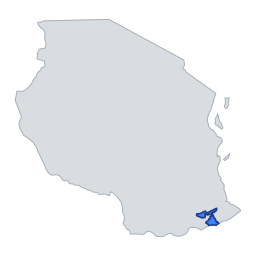 Masasi, Mtwara, United Republic of Tanzania shown in context
{"feature_id": "72390352B56058142056871", "entity_name": "Masasi", "entity_type": "district", "adm_level": 2, "iso_a3": "TZA", "parent_name": "United Republic of Tanzania", "parent_adm1": "Mtwara", "projection": "orthographic", "projection_center": [38.96, -10.762], "detail": "fine", "context": "in_parent", "style": "filled", "palette": "blue", "viewbox_px": 256, "rotation_deg": 0, "n_neighbors": 0, "source": "geoboundaries", "source_scale": "gbopen_adm2", "svg_char_len": 7579}
<svg xmlns="http://www.w3.org/2000/svg" viewBox="0 0 256 256"><path d="M89.0,190.4L85.7,188.8L82.7,187.8L80.3,186.6L79.2,185.5L76.9,185.1L74.9,185.0L73.1,184.0L69.3,183.6L68.9,183.0L68.8,181.4L68.1,181.0L66.8,180.6L65.3,180.7L64.4,180.9L63.9,180.8L62.7,179.9L61.5,178.8L61.0,176.9L59.3,175.7L57.3,174.8L51.8,175.1L51.0,174.8L49.6,173.9L48.1,172.3L46.8,170.6L45.7,168.2L44.5,164.9L38.0,151.9L37.3,149.5L36.0,146.8L33.9,143.4L31.7,141.0L28.8,138.8L25.5,136.6L23.7,135.2L20.2,129.1L19.4,126.2L18.9,123.3L19.1,122.0L21.1,118.1L21.3,117.0L21.0,115.6L19.9,112.5L18.6,108.9L15.8,102.2L15.4,100.5L15.4,99.2L16.9,92.3L16.8,91.3L23.2,91.2L27.7,88.1L31.7,83.5L32.5,81.6L34.1,78.6L35.7,77.2L36.3,76.1L37.2,73.2L39.3,71.2L41.3,69.7L40.9,68.6L41.2,68.2L42.3,67.4L44.5,66.7L44.9,65.2L44.9,63.5L44.5,62.5L44.6,61.4L44.3,60.8L42.8,60.7L40.7,59.9L38.9,59.6L37.7,59.2L37.2,58.8L37.0,57.8L38.0,55.1L37.0,54.1L39.2,49.7L39.6,49.1L40.4,49.0L41.7,48.5L42.8,48.3L43.8,48.4L44.5,48.2L45.1,47.7L45.7,46.2L46.1,43.8L45.8,41.8L44.9,40.3L44.6,37.9L45.1,34.7L44.7,32.1L43.7,30.0L42.7,28.8L41.1,28.3L38.6,25.1L37.8,23.6L37.9,22.6L38.8,22.2L40.4,22.3L41.9,21.9L43.3,21.0L44.6,20.7L45.4,20.8L108.9,19.4L183.6,59.9L183.9,60.4L184.5,63.9L184.4,65.2L183.3,67.2L182.9,68.3L182.9,69.0L183.2,69.3L184.2,69.4L185.0,69.9L185.3,70.3L186.0,71.8L186.8,72.6L215.1,92.9L215.8,93.2L215.4,94.9L213.8,99.1L213.7,100.8L213.1,102.8L212.5,104.2L210.8,110.0L209.5,112.2L207.6,117.3L207.3,121.2L208.3,124.0L208.7,126.5L210.9,129.1L212.6,130.0L213.8,131.1L215.9,133.7L217.1,136.4L220.8,137.7L222.3,140.6L221.8,142.7L220.0,144.4L218.4,147.1L217.1,150.7L217.1,156.2L218.0,155.4L219.9,156.7L220.2,160.8L218.1,165.5L217.5,167.7L217.4,169.6L218.9,175.2L221.1,178.1L220.9,179.0L220.4,179.8L224.2,184.9L223.9,189.3L225.3,192.8L225.9,195.7L226.8,198.0L227.0,199.6L225.8,201.4L228.6,201.8L230.3,203.3L231.0,204.6L233.0,204.6L234.1,205.5L235.7,206.3L239.1,208.6L240.1,209.8L240.6,210.9L231.1,218.1L227.6,220.0L225.2,220.9L222.6,221.3L220.1,222.5L217.7,224.3L214.7,225.2L211.0,225.2L207.1,226.4L201.1,230.2L197.5,228.1L194.8,227.5L191.6,227.5L189.6,227.8L188.9,228.3L188.3,229.5L187.8,231.6L185.8,233.7L182.1,235.6L178.7,236.3L175.6,235.9L173.5,235.1L172.4,234.0L170.8,233.5L168.7,233.6L166.7,234.4L164.8,235.9L161.7,236.6L157.4,236.4L155.1,235.7L154.8,234.4L152.9,233.0L149.5,231.3L147.0,231.3L145.4,233.0L143.9,234.0L142.6,234.4L141.4,234.5L139.7,234.1L135.0,234.0L130.5,234.1L130.0,231.7L129.1,230.3L128.3,229.5L126.7,229.3L126.3,228.7L125.8,227.2L125.0,226.0L124.0,225.0L123.3,224.0L123.1,223.1L123.3,222.2L124.2,219.8L124.4,218.1L124.3,216.4L123.8,214.7L122.7,212.7L122.8,212.1L122.4,210.7L122.4,209.7L122.6,208.5L122.3,206.9L121.4,203.5L121.4,202.6L120.4,201.0L117.4,197.1L117.2,196.6L112.5,192.7L110.6,191.9L110.0,192.6L109.7,193.3L109.9,194.6L109.8,195.2L109.6,195.5L108.5,195.5L107.8,195.3L106.1,194.3L104.7,194.0L101.3,194.3L100.1,194.6L99.1,194.3L97.3,192.6L95.2,192.2L93.3,192.2L90.1,190.2L89.0,190.4ZM221.3,123.4L222.9,127.7L222.7,128.5L221.6,129.0L221.0,129.0L220.3,128.3L219.9,126.9L219.0,127.2L217.6,125.5L216.2,125.4L215.0,123.3L215.5,121.5L215.2,118.4L216.7,116.8L217.5,114.1L218.5,116.0L218.7,118.8L220.1,122.1L221.3,123.4ZM228.9,97.6L229.0,98.6L228.7,99.6L228.7,102.6L228.6,104.7L227.4,107.5L226.5,108.5L225.7,108.2L225.0,107.7L224.4,107.0L225.5,101.8L225.0,98.0L227.2,98.4L228.9,97.6ZM225.6,160.1L224.6,160.4L224.1,160.1L223.5,159.2L224.6,158.5L225.8,157.1L228.4,155.1L229.6,153.4L229.4,155.0L227.9,158.5L226.7,158.8L225.6,160.1Z" fill="#d9dde1" stroke="#a8b0b8" stroke-width="1"/><path d="M218.8,223.3L218.5,223.0L218.3,222.8L218.2,222.6L217.9,222.2L217.7,222.2L217.6,221.9L217.4,221.9L217.2,221.9L217.1,222.1L216.7,222.1L216.7,221.9L216.8,221.7L216.7,221.5L216.4,221.6L216.3,221.2L216.2,221.1L215.8,220.7L215.7,220.6L215.7,220.4L215.7,220.0L215.6,219.7L215.5,219.3L215.3,219.0L215.2,218.7L214.9,218.5L214.7,218.5L214.6,218.4L214.4,217.9L214.2,217.9L214.0,217.7L213.7,217.5L213.7,217.3L213.8,217.2L214.2,216.7L214.3,216.7L213.9,216.6L213.7,216.4L213.5,216.1L213.3,215.6L213.1,215.9L212.8,215.8L212.6,215.9L212.1,215.8L211.9,215.9L211.6,215.8L211.4,215.8L211.4,216.0L211.3,216.3L211.1,216.6L210.3,216.6L210.4,216.9L210.3,217.2L210.2,217.2L210.3,217.4L210.4,217.5L210.5,217.6L210.5,217.8L210.3,217.9L210.3,218.0L210.2,218.1L210.0,218.3L209.8,218.6L209.7,218.7L209.6,218.9L209.3,218.8L209.0,218.9L208.9,218.9L208.9,219.0L208.8,219.3L208.8,219.5L208.7,219.7L208.6,219.9L208.6,220.0L208.4,220.1L208.2,220.4L208.2,220.5L207.9,220.8L207.7,220.9L207.6,221.0L207.4,221.0L207.1,221.2L206.6,221.6L206.3,221.8L206.2,221.8L206.1,222.0L205.9,222.6L205.9,223.0L206.1,223.0L206.2,222.9L206.3,223.0L206.5,223.3L206.9,223.5L207.0,223.6L207.1,223.8L207.3,223.8L207.4,224.0L207.6,224.2L207.9,224.1L208.1,224.2L208.2,224.3L208.2,224.5L208.3,224.5L208.5,224.8L208.6,225.0L208.8,225.2L208.8,225.3L209.1,225.2L209.4,225.2L209.8,225.1L210.2,225.2L210.5,225.3L211.2,225.2L211.4,225.2L211.6,225.2L211.9,225.1L212.3,225.1L212.7,225.0L213.1,225.0L213.5,224.9L213.7,224.7L213.9,224.7L214.2,224.8L214.6,224.9L214.8,225.0L215.7,225.3L215.9,225.4L216.1,225.3L216.7,225.0L217.0,224.8L217.6,224.3L217.7,224.2L217.9,223.9L218.0,223.8L218.2,223.6L218.8,223.3ZM214.3,209.2L214.3,209.3L214.4,209.5L214.2,209.5L213.9,209.5L213.7,209.6L213.5,209.9L213.4,209.9L213.3,210.0L213.3,209.9L213.2,209.9L213.1,210.0L212.9,210.1L212.5,210.4L212.4,210.4L212.4,210.5L212.2,210.6L211.9,210.6L211.7,210.7L211.4,210.8L211.2,210.8L210.9,210.8L210.8,211.0L210.7,211.1L210.4,211.2L210.3,211.3L210.1,211.5L209.8,211.5L209.7,211.6L209.4,211.6L209.1,211.8L209.0,212.1L208.9,212.1L208.8,212.3L208.7,212.5L208.6,212.4L208.2,212.5L207.8,212.6L207.7,212.6L207.4,212.5L207.2,212.5L206.9,212.5L206.6,212.5L206.4,212.5L206.3,212.3L206.3,212.2L206.2,212.1L206.0,211.9L205.9,211.9L205.7,211.6L205.7,211.4L205.5,211.2L205.3,211.1L205.2,211.1L205.0,211.6L204.9,211.6L204.6,211.6L203.6,211.6L203.1,212.1L202.9,212.2L202.8,212.3L202.4,212.5L202.2,212.6L201.6,212.8L201.1,213.1L200.5,213.3L199.7,213.7L198.4,213.7L198.1,213.7L197.7,213.7L197.1,213.7L196.9,213.7L196.8,213.8L196.7,214.1L196.8,214.6L196.7,215.0L196.5,215.3L196.7,215.5L196.8,215.7L197.0,215.8L197.4,216.1L197.5,216.1L197.9,216.1L198.0,216.2L198.5,216.4L199.1,216.7L199.2,216.8L199.4,216.8L199.6,216.8L200.2,217.2L200.6,217.3L200.8,217.3L201.0,217.4L201.1,217.5L201.3,217.6L201.6,217.8L201.9,217.8L202.1,217.7L202.1,217.8L202.4,217.7L202.6,217.8L202.8,217.7L203.0,217.7L203.3,217.7L203.9,217.7L204.0,217.6L204.3,217.6L204.8,217.6L204.8,217.3L204.9,216.9L205.3,216.6L205.2,216.2L205.1,215.8L205.0,215.5L205.0,215.1L205.0,214.8L205.4,214.8L205.5,214.8L205.8,214.8L205.9,214.7L205.8,214.3L205.6,214.1L206.6,214.3L206.8,214.5L207.3,214.9L207.9,215.0L208.0,214.8L207.8,214.2L208.2,214.2L208.3,214.2L208.7,214.1L208.8,214.2L209.0,214.4L209.3,214.5L209.7,214.5L210.0,214.6L210.5,214.4L210.7,214.6L210.8,214.7L211.7,214.7L211.8,214.7L212.1,214.6L212.4,214.5L212.8,214.5L212.6,214.4L212.6,214.1L212.4,214.0L212.3,213.8L212.2,213.7L212.0,213.4L211.9,213.3L211.9,213.1L211.7,213.1L211.6,212.9L211.6,212.7L211.8,212.6L212.0,212.5L212.1,212.4L212.7,212.4L212.8,212.4L213.0,212.6L213.4,212.5L213.9,212.5L214.0,212.5L214.2,212.3L214.3,212.1L214.5,212.1L214.8,211.9L214.8,211.7L215.1,211.6L215.2,211.4L215.5,211.1L216.2,210.7L216.3,210.7L216.5,210.4L216.6,210.1L216.6,209.9L216.5,209.7L216.6,209.3L216.7,208.9L216.7,208.5L216.4,208.5L216.3,208.4L216.2,208.5L215.9,208.5L215.6,208.7L215.5,208.8L215.4,208.9L215.4,209.0L215.2,209.0L214.9,209.2L214.8,209.3L214.7,209.3L214.4,209.2L214.3,209.2Z" fill="#3b82f6" stroke="#1e3a8a" stroke-width="1.5"/></svg>